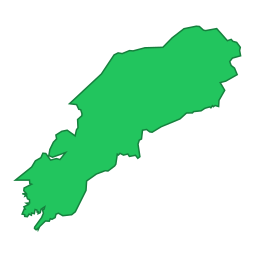 outline of Campo Verde, Mato Grosso, Brazil
{"feature_id": "56859067B82870953347176", "entity_name": "Campo Verde", "entity_type": "district", "adm_level": 2, "iso_a3": "BRA", "parent_name": "Brazil", "parent_adm1": "Mato Grosso", "projection": "mercator", "projection_center": [-55.112, -15.474], "detail": "medium", "context": "isolated", "style": "filled", "palette": "green", "viewbox_px": 256, "rotation_deg": 0, "n_neighbors": 0, "source": "geoboundaries", "source_scale": "gbopen_adm2", "svg_char_len": 1817}
<svg xmlns="http://www.w3.org/2000/svg" viewBox="0 0 256 256"><path d="M186.5,113.0L192.5,112.9L193.6,111.6L201.1,110.8L204.9,108.3L209.7,106.9L210.9,107.8L212.4,105.7L213.3,106.7L215.1,105.5L218.6,106.5L219.0,100.3L224.7,90.3L220.2,82.6L225.8,81.1L237.2,74.6L234.5,68.1L231.2,65.5L229.7,61.6L232.4,58.1L240.6,55.8L239.6,50.5L240.3,47.3L236.7,42.4L232.8,41.3L231.2,39.4L227.4,40.7L216.7,28.6L205.7,30.6L203.5,30.2L199.4,26.5L196.3,26.2L184.0,28.7L172.3,37.7L162.9,47.3L144.9,47.8L133.1,50.9L129.5,50.6L122.2,53.6L118.1,52.9L114.1,54.9L101.4,74.0L69.5,103.7L76.6,104.6L78.8,109.3L80.7,109.7L82.0,113.8L81.8,115.8L77.6,119.5L78.0,127.7L76.5,129.8L75.1,135.9L67.2,130.2L61.8,131.3L55.9,135.0L56.6,138.9L53.4,142.2L49.9,149.4L48.8,155.6L52.5,157.2L65.6,152.5L60.0,159.6L56.4,158.6L50.6,160.1L45.8,153.5L42.9,153.2L40.9,157.7L35.4,160.8L31.7,167.0L15.4,180.1L29.5,180.1L29.8,183.5L31.6,184.2L24.1,188.0L23.8,190.7L26.4,193.7L22.3,193.7L25.5,194.6L24.9,196.2L26.5,195.5L27.5,198.8L29.5,199.7L29.6,202.9L26.3,203.2L28.4,204.6L23.9,206.8L25.2,209.1L24.2,209.1L22.1,214.1L24.7,214.7L24.7,216.4L27.4,216.7L29.0,214.1L31.4,215.2L31.6,213.0L34.3,213.7L35.1,209.5L36.8,210.0L37.2,212.1L38.3,211.9L38.1,213.7L40.2,212.7L41.1,209.2L44.7,206.8L44.1,209.2L42.6,210.0L43.4,213.3L41.6,217.6L34.6,227.2L34.5,228.5L36.1,229.8L37.8,228.4L38.1,229.8L39.7,226.5L45.4,221.0L49.3,221.2L50.3,218.7L52.0,219.3L55.1,217.6L56.0,214.2L58.4,213.2L62.8,215.7L71.7,214.7L75.3,211.8L86.0,190.4L86.6,181.0L96.4,174.0L105.1,170.7L108.0,171.0L114.6,166.0L115.8,164.2L117.3,154.2L118.4,155.0L120.0,153.3L123.5,155.1L127.8,154.0L129.4,156.4L135.5,155.3L137.8,158.3L139.9,156.7L138.0,144.1L139.3,140.1L141.5,139.0L142.5,130.2L146.6,129.5L149.8,131.9L152.2,132.2L161.2,126.7L180.0,118.9L186.5,113.0Z" fill="#22c55e" stroke="#15803d" stroke-width="1.5"/></svg>